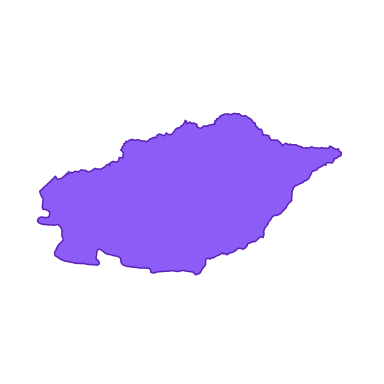 the district of Tapira, Minas Gerais, Brazil, rotated 153°
{"feature_id": "56859067B4018711092229", "entity_name": "Tapira", "entity_type": "district", "adm_level": 2, "iso_a3": "BRA", "parent_name": "Brazil", "parent_adm1": "Minas Gerais", "projection": "mercator", "projection_center": [-46.869, -19.913], "detail": "fine", "context": "isolated", "style": "filled", "palette": "violet", "viewbox_px": 384, "rotation_deg": 153, "n_neighbors": 0, "source": "geoboundaries", "source_scale": "gbopen_adm2", "svg_char_len": 5339}
<svg xmlns="http://www.w3.org/2000/svg" viewBox="0 0 384 384"><g transform="rotate(153 192 192)"><path d="M99.7,149.7L97.1,150.7L94.9,150.3L92.8,150.5L90.3,150.1L88.2,150.3L86.8,150.9L85.4,150.4L83.6,150.7L81.7,151.0L79.9,152.6L78.0,153.7L76.7,154.9L75.0,156.0L73.0,155.3L70.7,155.1L68.8,156.0L65.9,156.0L63.7,156.1L62.0,156.6L60.5,155.1L59.6,156.9L57.9,156.5L55.9,155.5L54.0,154.2L51.7,155.3L49.9,156.9L48.2,156.5L46.4,156.7L45.0,157.2L43.2,156.6L41.7,158.0L41.1,159.6L42.4,161.4L41.9,163.9L44.5,164.7L45.9,166.8L47.2,168.9L48.5,170.3L49.8,169.2L51.8,169.4L53.1,170.7L54.7,170.9L55.9,172.6L58.5,173.1L60.4,174.4L62.6,175.6L64.0,176.9L65.1,178.0L67.2,178.1L69.1,178.5L69.9,179.8L71.5,179.9L73.1,180.8L73.9,182.7L75.4,183.6L76.7,185.1L77.8,186.8L79.8,187.9L81.5,188.5L82.5,190.0L84.7,190.4L86.2,192.8L88.2,192.8L90.3,192.1L90.6,194.8L91.4,197.1L92.5,199.6L94.1,200.1L95.3,201.3L97.0,201.7L98.2,203.1L98.1,205.3L98.0,207.2L99.3,208.5L100.9,209.7L102.6,209.8L102.3,212.4L101.8,214.7L101.8,216.4L103.4,217.3L104.4,218.6L104.3,220.2L105.2,221.5L104.9,223.3L104.5,224.8L105.8,226.4L105.9,228.1L106.5,230.4L107.8,232.2L108.8,234.1L109.7,235.7L111.5,236.3L113.1,237.1L113.8,238.8L114.7,240.4L117.0,241.6L118.9,243.0L120.8,243.2L123.0,243.4L124.2,245.2L125.8,245.8L127.8,246.7L130.0,246.7L132.3,246.9L135.0,245.5L136.8,246.0L137.8,244.8L139.4,244.8L140.5,243.6L140.4,242.0L141.9,242.4L143.9,243.3L146.8,243.8L149.7,244.3L151.8,245.6L153.5,244.9L155.2,244.8L156.5,245.8L157.9,248.0L156.9,249.9L157.9,251.1L159.1,252.7L161.2,253.2L161.9,255.2L164.0,255.1L165.6,255.4L164.7,257.4L165.6,258.8L166.8,257.8L168.1,256.7L169.8,255.8L171.6,255.8L173.8,254.8L175.7,255.6L177.7,255.5L179.5,254.6L181.2,253.8L182.9,252.9L185.0,252.8L186.8,253.9L188.1,256.2L190.0,255.1L192.2,255.2L193.2,257.2L194.7,258.4L197.3,258.5L199.2,256.8L201.1,258.0L204.3,258.2L206.3,258.1L208.1,257.7L209.8,257.2L210.7,258.8L212.6,259.7L214.6,261.1L215.9,263.0L218.2,263.5L220.1,264.5L220.9,265.8L222.9,266.5L224.7,266.5L226.3,266.2L227.9,267.0L229.1,265.9L230.8,265.9L231.5,264.5L233.5,263.9L234.8,262.5L236.4,261.8L235.8,259.9L235.4,257.4L237.2,255.8L238.1,253.9L239.6,254.9L241.1,255.7L242.5,254.3L243.8,252.9L245.4,252.8L247.1,253.9L248.6,255.2L250.4,255.1L252.3,255.0L253.2,253.2L254.2,254.9L255.9,254.9L258.0,254.0L259.7,253.9L261.4,253.8L263.3,253.8L265.0,255.1L266.5,255.8L267.5,257.0L269.4,256.9L271.3,256.7L273.4,256.4L275.9,257.4L276.7,259.2L278.5,260.6L280.8,262.0L282.4,261.8L283.8,261.3L285.4,262.7L287.5,263.7L289.5,263.2L291.4,264.6L293.2,266.1L294.3,264.1L295.5,265.3L297.4,264.4L299.3,264.1L301.9,263.4L304.4,263.9L306.1,264.1L306.3,265.9L306.5,267.9L308.1,267.7L309.3,266.8L311.1,266.6L312.9,265.9L314.5,265.4L316.0,265.1L317.6,264.7L319.3,263.9L321.0,263.8L322.7,263.1L324.8,262.4L327.3,261.8L327.9,259.7L328.0,257.4L328.0,255.0L328.0,252.5L329.2,251.3L330.1,250.1L330.9,248.5L332.2,246.6L332.6,244.2L330.5,242.9L329.4,241.6L328.5,240.2L327.9,238.1L329.3,236.6L330.2,235.2L331.8,234.8L333.8,235.6L335.5,236.5L336.9,237.8L338.4,238.4L340.1,238.3L342.2,237.4L342.9,235.7L342.2,233.7L340.7,231.9L338.7,230.3L336.0,228.7L334.4,227.5L332.4,226.8L331.0,225.6L329.0,224.6L326.4,224.1L325.4,222.0L325.1,220.1L325.0,217.8L325.8,215.7L326.8,214.0L327.7,212.3L328.1,210.3L327.8,208.2L329.6,207.2L331.1,206.8L332.8,206.2L334.4,205.6L336.1,204.8L337.8,203.6L339.8,201.9L341.8,200.7L342.6,198.8L342.8,197.1L341.7,195.6L341.0,194.2L339.5,191.5L337.9,189.6L336.5,188.1L334.8,186.8L333.4,185.7L332.0,184.6L330.0,183.1L328.5,181.7L327.4,180.8L325.5,179.9L324.0,179.0L322.6,178.3L320.5,177.2L318.9,175.7L316.8,174.2L314.9,173.1L313.0,172.1L311.1,170.8L309.6,169.8L307.8,169.9L306.7,170.9L306.7,173.1L307.4,175.1L307.5,176.8L306.1,178.6L304.8,180.5L303.8,182.1L302.6,183.2L300.7,183.3L299.0,181.4L298.1,179.2L297.3,177.3L296.2,175.5L294.8,174.4L292.8,173.0L290.7,170.8L288.5,169.3L287.1,167.9L285.9,166.1L286.1,164.0L287.1,162.0L287.2,159.9L286.4,158.1L285.0,156.5L283.5,155.1L282.0,154.2L280.4,153.0L278.5,151.7L277.1,150.8L275.4,149.8L273.9,148.7L272.7,147.7L270.9,146.9L268.8,145.8L266.8,144.6L264.9,143.5L264.3,141.3L265.1,139.2L263.9,137.9L262.4,137.0L260.6,136.8L258.5,136.3L256.5,135.5L253.9,134.3L251.4,133.4L249.4,132.4L247.5,131.7L245.4,130.9L243.4,129.5L241.5,128.1L239.9,127.2L238.3,126.9L236.9,126.7L235.0,125.8L233.3,124.2L231.6,123.1L229.4,121.6L227.6,120.2L226.9,118.5L226.5,116.7L224.9,116.3L223.4,116.1L221.8,116.1L220.3,117.0L218.8,118.2L216.4,119.4L214.4,120.2L213.0,121.0L211.9,122.9L210.7,125.0L209.4,126.2L207.8,125.4L206.1,124.0L204.4,124.6L202.9,123.6L200.2,123.9L198.1,123.8L196.2,123.6L194.3,123.6L192.4,123.9L191.9,122.3L190.0,122.1L189.6,120.3L188.0,120.3L186.0,120.5L183.5,119.9L181.3,119.8L179.2,120.1L176.4,120.9L174.4,119.9L173.3,118.5L171.8,117.7L170.2,118.0L168.6,118.4L167.2,119.1L166.1,120.5L164.5,120.5L162.5,120.2L160.2,120.3L158.9,119.2L156.9,119.4L155.0,120.1L153.0,120.7L150.8,120.8L149.4,119.2L148.1,120.4L146.8,122.1L146.3,123.9L145.1,125.2L143.9,126.7L142.1,127.3L140.6,128.3L139.0,128.8L137.6,130.4L136.2,131.0L134.6,131.5L133.2,132.6L131.6,133.4L129.5,133.8L127.7,132.9L125.4,132.4L122.6,132.6L120.5,133.5L118.4,134.0L116.9,134.9L115.2,135.2L114.1,136.3L112.7,137.2L111.0,137.9L109.5,138.5L107.4,138.9L106.1,141.0L105.2,142.7L104.2,144.1L102.9,146.7L101.4,148.1L99.7,149.7Z" fill="#8b5cf6" stroke="#5b21b6" stroke-width="1.5"/></g></svg>